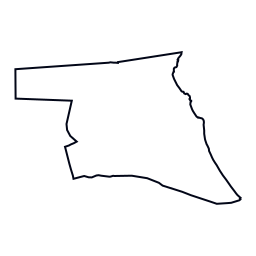 Faasaleleaga III, Fa'asaleleaga, Samoa
{"feature_id": "51752279B1430525557017", "entity_name": "Faasaleleaga III", "entity_type": "district", "adm_level": 2, "iso_a3": "WSM", "parent_name": "Samoa", "parent_adm1": "Fa'asaleleaga", "projection": "albers", "projection_center": [-172.2, -13.646], "detail": "fine", "context": "isolated", "style": "outline", "palette": "ink", "viewbox_px": 256, "rotation_deg": 0, "n_neighbors": 0, "source": "geoboundaries", "source_scale": "gbopen_adm2", "svg_char_len": 1569}
<svg xmlns="http://www.w3.org/2000/svg" viewBox="0 0 256 256"><path d="M240.6,197.9L237.4,195.0L236.0,193.3L234.7,191.5L230.8,186.4L229.3,184.2L226.0,179.5L222.9,175.4L219.9,170.8L216.7,165.2L215.0,162.7L213.3,160.0L212.0,157.4L210.8,154.6L209.1,151.0L208.8,148.6L207.3,145.4L206.6,144.2L205.4,140.6L205.0,139.2L204.2,133.8L204.2,130.4L203.6,124.8L203.9,122.7L203.8,121.0L203.2,119.5L202.0,118.4L199.9,117.9L198.5,117.4L198.1,117.7L196.5,116.5L194.1,112.9L192.8,110.8L192.0,109.1L190.3,104.5L190.5,102.3L191.2,101.4L191.2,100.7L190.4,100.6L189.5,99.1L190.0,98.8L190.0,97.3L189.6,96.0L188.5,95.2L188.0,94.2L186.9,93.6L185.6,94.1L184.2,93.4L183.5,91.8L182.3,91.7L181.5,91.2L180.1,89.1L179.2,87.8L177.2,85.2L174.1,79.0L173.5,77.4L172.7,75.1L172.6,74.3L173.5,71.9L174.0,71.7L173.8,70.2L173.9,68.5L174.6,67.6L176.4,67.1L177.2,65.6L177.1,64.7L177.5,61.4L178.0,61.4L178.3,59.9L177.7,59.5L178.4,58.1L180.4,55.7L181.3,54.3L181.6,52.2L181.1,52.3L135.4,59.4L117.9,62.1L117.9,62.9L115.8,62.7L114.0,62.7L110.4,62.3L108.7,62.7L15.4,69.2L15.5,85.4L15.6,98.6L71.8,100.7L66.5,124.0L67.1,130.0L70.3,136.0L76.7,141.6L73.8,143.2L70.9,144.4L68.9,145.5L65.0,146.8L65.7,149.4L68.5,160.4L69.4,163.9L71.0,169.6L72.9,175.7L73.5,178.8L80.7,176.9L84.2,176.0L88.7,177.3L91.8,177.4L96.4,175.5L98.6,175.2L101.2,175.7L109.4,176.7L110.5,176.6L113.1,175.8L114.4,176.0L131.7,175.7L147.2,178.2L158.9,182.8L162.6,185.6L175.3,189.6L182.2,191.8L190.9,195.2L210.3,201.6L216.8,203.8L227.5,203.1L231.2,202.8L239.3,200.3L240.4,199.4L239.9,198.7L240.6,197.9Z" fill="none" stroke="#020617" stroke-width="2"/></svg>